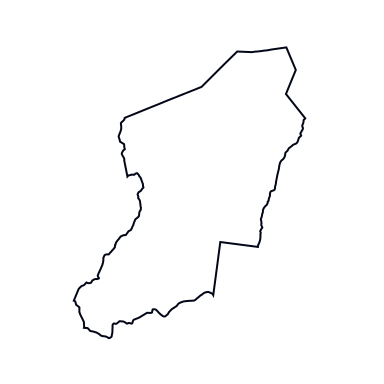 the district of Koas Krala, Batdâmbâng, Cambodia, rotated 8°
{"feature_id": "14789045B77023093134849", "entity_name": "Koas Krala", "entity_type": "district", "adm_level": 2, "iso_a3": "KHM", "parent_name": "Cambodia", "parent_adm1": "Batdâmbâng", "projection": "natural_earth1", "projection_center": [103.147, 12.673], "detail": "fine", "context": "isolated", "style": "outline", "palette": "ink", "viewbox_px": 384, "rotation_deg": 8, "n_neighbors": 0, "source": "geoboundaries", "source_scale": "gbopen_adm2", "svg_char_len": 6121}
<svg xmlns="http://www.w3.org/2000/svg" viewBox="0 0 384 384"><g transform="rotate(8 192 192)"><path d="M115.0,128.0L114.9,129.7L114.0,131.0L112.0,133.5L112.1,134.4L112.7,136.6L113.0,138.2L113.1,139.6L112.9,141.4L112.7,142.1L112.5,143.4L112.1,144.5L111.8,146.1L111.6,147.2L112.6,149.4L113.2,150.4L113.4,151.4L113.7,152.1L117.2,153.7L117.8,153.9L118.1,154.2L118.3,154.8L118.5,156.2L118.6,156.8L119.2,158.1L119.4,158.6L119.5,158.9L118.8,159.8L118.2,160.3L117.5,162.0L117.2,162.8L117.1,163.6L117.3,164.4L118.1,165.5L118.4,166.0L119.5,167.3L120.3,168.5L120.4,169.1L120.5,169.9L120.5,170.2L125.9,185.7L126.3,185.1L126.6,184.7L127.1,184.3L127.4,184.2L127.9,184.0L128.5,183.9L129.8,183.2L130.6,183.1L131.3,183.0L131.6,183.0L131.9,183.1L132.5,182.8L132.8,182.6L133.4,181.7L135.0,181.0L136.6,182.2L137.1,182.8L137.5,183.5L137.9,184.0L138.7,184.6L139.1,185.0L142.3,191.0L142.6,192.5L142.8,193.3L143.3,194.3L143.0,194.8L142.7,195.1L142.4,195.5L141.2,197.9L140.8,198.3L140.3,198.8L139.6,199.2L139.1,199.8L138.9,200.3L138.7,201.0L138.6,201.3L138.5,201.8L138.5,202.1L139.2,203.4L139.5,204.1L139.5,205.4L139.8,205.8L140.8,206.7L141.5,207.8L141.7,208.4L142.1,209.5L143.3,214.1L143.6,214.6L143.7,216.7L143.5,217.3L142.9,218.4L142.7,219.9L142.7,220.7L142.8,221.7L142.8,222.7L142.7,223.4L142.4,224.0L142.2,224.4L141.6,224.8L141.2,225.4L140.4,226.2L139.7,227.0L139.3,228.4L139.2,229.0L138.9,230.0L138.5,232.4L138.4,233.0L137.7,235.1L137.5,235.9L137.3,236.8L136.7,238.1L136.4,238.4L134.6,239.7L134.2,240.5L133.4,242.0L132.6,243.6L132.3,243.9L131.4,244.1L130.9,244.1L129.5,244.7L128.4,245.5L127.8,245.8L127.2,246.6L126.1,248.7L125.0,250.3L124.7,251.0L123.8,252.6L123.7,252.9L123.6,254.6L123.3,254.8L123.2,255.2L123.2,255.7L123.2,256.4L123.3,257.5L121.9,259.9L121.2,260.8L120.8,261.5L120.3,262.3L119.4,263.5L118.9,264.3L118.2,265.4L115.9,265.7L114.7,266.3L114.2,266.8L114.0,267.3L113.7,268.6L113.5,269.1L113.4,269.5L113.4,269.9L113.6,270.8L113.7,271.6L113.7,274.2L113.5,275.7L113.3,277.1L112.7,279.1L112.2,281.1L110.8,285.6L110.3,287.7L110.3,288.1L110.7,288.9L111.7,290.0L111.8,290.5L111.2,291.0L110.3,291.3L109.2,291.6L108.7,291.6L108.2,291.7L107.4,292.1L106.5,292.8L105.6,293.6L105.3,294.2L104.9,295.4L104.3,296.1L103.5,296.5L101.7,296.7L101.0,296.6L100.6,296.5L100.1,296.3L99.5,297.1L98.9,298.1L98.3,298.9L97.3,299.7L96.5,300.1L96.1,300.2L95.4,300.9L95.1,301.3L94.4,302.1L93.3,303.8L92.9,305.1L90.1,316.1L90.8,316.2L91.3,316.4L91.8,317.0L92.2,318.0L92.5,318.8L93.0,319.8L94.9,320.9L96.0,321.5L96.7,322.3L96.7,323.3L96.8,324.0L97.0,324.8L97.0,325.4L97.1,326.4L98.4,328.9L102.3,334.6L103.0,335.8L103.3,337.0L103.4,337.8L103.6,338.5L103.7,339.4L103.9,339.9L104.0,340.8L103.9,341.5L106.4,341.4L107.0,341.3L107.7,341.4L109.0,342.4L109.9,343.3L110.2,343.6L110.8,343.8L111.1,343.8L111.5,343.9L112.6,343.9L113.9,343.9L115.1,344.2L116.8,344.4L117.3,344.6L118.4,345.0L119.2,345.4L120.2,345.8L121.5,346.7L122.0,346.9L123.5,347.1L126.7,347.1L127.3,347.2L128.7,347.7L129.3,348.1L130.0,348.3L130.7,348.1L132.3,346.8L132.5,346.1L132.6,343.8L132.7,343.1L132.7,342.3L132.3,338.6L132.1,336.5L131.9,335.4L131.9,334.8L132.0,334.3L132.2,333.9L132.6,333.4L132.8,333.2L133.5,333.0L134.3,333.2L134.8,333.2L135.4,333.0L136.3,332.2L138.2,330.1L138.5,330.0L140.1,329.9L141.6,329.8L142.1,329.8L143.6,330.3L145.9,331.4L146.5,331.1L147.2,330.6L148.2,330.5L148.7,330.5L150.1,330.8L150.5,330.7L150.8,330.5L151.2,330.0L151.4,328.2L151.6,327.4L151.9,326.9L152.1,326.6L152.5,326.4L156.9,323.9L164.3,317.9L167.8,317.5L168.5,317.3L168.8,317.1L169.2,316.8L169.2,316.1L169.3,314.0L169.5,313.7L169.9,313.6L170.6,313.4L171.2,313.3L171.8,313.4L173.0,313.7L175.2,315.5L175.7,316.0L176.3,316.4L178.0,317.6L179.7,318.5L180.3,318.9L181.6,319.2L182.3,319.0L182.9,318.8L183.2,318.5L183.8,317.7L184.3,317.2L185.3,316.0L185.7,314.5L186.1,313.9L187.7,311.6L188.2,311.0L189.2,310.0L189.8,309.6L190.8,308.7L191.2,308.3L191.8,307.8L192.8,306.9L193.2,306.1L193.5,305.4L194.3,304.3L195.6,303.3L198.1,301.9L199.4,301.4L201.3,300.9L202.6,300.6L203.3,300.4L204.6,300.1L206.5,299.8L207.8,299.5L208.4,299.4L209.1,299.2L209.7,298.8L210.3,298.4L210.8,297.8L211.6,296.8L212.5,295.9L213.0,295.3L213.5,294.8L214.9,293.1L215.5,292.8L217.9,290.4L218.5,289.9L219.1,289.7L219.9,289.3L220.4,289.1L221.0,288.9L222.3,288.7L222.8,288.8L223.5,289.1L224.2,289.3L224.6,289.2L225.3,289.6L226.3,290.0L226.7,290.2L227.4,291.1L227.0,237.6L264.9,237.2L264.8,236.6L264.9,235.5L265.1,235.1L265.2,234.4L265.6,233.1L265.9,231.7L266.1,229.9L266.1,228.2L265.9,225.8L265.8,225.2L265.6,224.6L265.7,223.8L265.8,223.0L265.5,222.3L265.1,221.8L265.0,221.0L265.4,220.4L265.5,219.7L265.7,219.2L266.0,218.5L266.4,217.9L266.6,217.4L265.4,215.5L265.2,214.9L265.1,213.9L265.2,213.4L265.0,212.6L264.5,210.7L264.0,209.8L264.0,208.9L264.5,206.9L264.6,204.5L264.6,203.7L265.0,202.5L264.9,201.8L264.9,200.9L264.8,200.2L265.2,198.3L266.1,196.5L267.3,194.9L267.9,194.2L268.2,193.2L268.5,192.3L268.5,191.9L268.3,191.1L268.8,190.6L269.0,189.9L269.1,189.1L269.0,188.2L269.4,186.2L269.7,185.1L269.4,182.7L269.6,181.2L269.9,180.6L270.3,180.2L271.6,179.5L272.8,178.9L273.4,178.3L273.7,176.6L273.5,175.4L273.7,173.8L273.8,173.4L273.9,171.8L273.8,170.7L273.8,169.8L274.0,166.9L274.2,162.7L274.7,158.1L274.8,156.6L274.8,155.8L274.8,154.0L274.9,152.7L275.1,151.0L275.5,149.7L276.2,148.4L277.8,146.6L278.2,145.8L278.5,145.2L278.8,144.3L279.0,142.9L279.1,142.0L279.0,140.5L279.2,139.9L279.4,139.6L280.7,138.0L281.1,137.2L281.8,135.2L282.8,134.3L283.5,133.5L284.5,132.4L284.9,132.0L285.4,131.4L286.3,130.7L287.6,130.0L288.4,129.5L289.3,128.3L289.7,127.0L289.9,126.0L290.0,125.3L290.2,124.5L290.2,123.7L290.4,123.3L291.8,121.7L292.1,121.2L292.2,120.6L291.8,120.2L291.4,119.7L291.2,119.0L291.3,118.4L291.9,117.2L292.2,116.1L292.7,115.2L292.9,114.6L293.0,113.9L292.9,113.0L292.1,111.8L292.0,111.3L292.0,110.5L292.6,108.1L292.7,107.4L292.5,105.7L292.6,105.1L293.5,104.0L293.9,103.3L271.4,81.9L277.8,56.7L265.3,35.7L250.0,40.1L248.9,40.6L245.8,41.5L243.1,42.1L241.3,42.7L237.5,43.7L236.1,44.0L234.6,44.3L231.8,45.2L231.4,45.2L217.2,46.6L205.9,61.3L186.8,86.6L158.1,103.0L136.9,115.3L117.0,126.8L115.0,128.0Z" fill="none" stroke="#020617" stroke-width="2"/></g></svg>